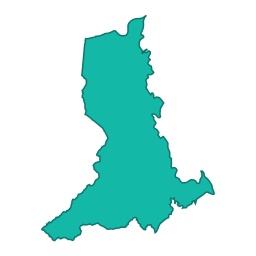 the district of San Martín De Loba, Bolívar, Colombia
{"feature_id": "7082276B59511587690039", "entity_name": "San Martín De Loba", "entity_type": "district", "adm_level": 2, "iso_a3": "COL", "parent_name": "Colombia", "parent_adm1": "Bolívar", "projection": "orthographic", "projection_center": [-73.999, 8.811], "detail": "fine", "context": "isolated", "style": "filled", "palette": "teal", "viewbox_px": 256, "rotation_deg": 0, "n_neighbors": 0, "source": "geoboundaries", "source_scale": "gbopen_adm2", "svg_char_len": 5836}
<svg xmlns="http://www.w3.org/2000/svg" viewBox="0 0 256 256"><path d="M42.9,230.1L44.2,230.2L45.0,231.6L46.6,233.2L47.0,233.5L47.7,233.5L48.6,234.2L48.8,234.9L49.4,235.4L49.4,236.4L50.2,236.4L50.6,237.0L51.8,237.5L52.3,238.5L52.3,239.4L52.5,239.8L53.4,240.0L54.2,240.6L54.8,240.6L55.4,239.6L58.3,237.4L60.4,238.8L61.4,238.6L62.8,237.7L64.9,237.6L65.7,237.7L68.2,239.5L70.1,239.4L72.7,240.4L73.5,239.9L74.9,237.1L76.5,236.5L77.6,235.5L80.1,234.5L80.7,233.0L81.2,230.9L80.6,230.2L80.0,228.3L79.6,228.0L79.6,227.4L80.6,226.0L81.8,225.3L82.6,225.1L83.2,224.3L84.9,224.9L87.4,224.7L90.0,223.9L92.1,225.1L94.6,224.3L96.9,223.3L98.1,223.2L100.5,225.3L104.2,226.9L107.0,229.0L108.7,229.3L111.4,228.7L113.0,229.2L116.4,228.2L119.7,227.9L121.0,227.1L122.3,227.4L123.0,227.1L124.0,227.4L124.5,227.2L125.0,226.6L125.7,227.0L125.8,226.5L126.8,225.8L127.3,224.5L128.2,224.3L128.3,222.8L129.1,221.8L130.1,221.0L130.8,220.1L132.1,219.9L132.8,218.5L134.5,217.5L135.9,217.6L136.8,218.3L136.4,219.8L136.7,220.1L137.3,219.6L137.6,219.8L138.1,222.6L138.7,223.3L140.5,224.3L140.7,224.8L140.3,225.3L140.3,225.9L144.0,229.6L145.1,229.7L145.7,229.5L145.7,229.0L145.3,228.0L146.9,226.5L147.3,225.6L147.9,224.9L149.2,225.2L151.0,224.7L151.4,225.5L151.5,226.8L152.1,227.3L152.6,227.3L154.6,229.3L154.6,230.8L155.1,232.7L156.6,231.5L156.8,230.6L158.3,227.9L158.7,226.1L160.2,223.6L166.1,218.6L168.5,217.7L168.9,215.3L169.3,214.4L169.7,214.2L171.2,214.3L171.6,211.8L172.4,211.2L173.0,209.7L172.9,208.4L172.4,207.7L171.9,207.7L171.6,207.0L171.0,206.7L169.6,204.4L170.3,204.1L171.4,202.3L171.1,200.6L170.3,199.8L171.0,198.0L172.2,199.0L173.2,198.9L174.3,198.2L174.1,199.6L175.0,201.0L174.6,203.1L175.1,203.3L175.9,201.3L177.2,201.5L177.6,202.2L178.9,203.1L178.8,203.6L177.7,203.7L177.4,204.1L177.6,205.0L178.6,206.0L179.9,206.4L180.8,205.8L182.3,205.5L182.8,206.0L183.1,206.7L182.6,208.1L184.0,207.6L185.4,207.9L186.5,207.4L186.9,206.4L187.4,206.0L191.6,203.8L191.7,203.3L192.1,203.0L192.3,202.4L192.0,202.0L193.1,201.0L193.4,201.2L193.8,200.8L194.2,200.8L194.2,201.3L194.8,201.0L195.0,201.3L194.9,202.6L195.4,203.7L195.9,202.1L195.5,201.7L196.1,201.0L196.5,200.0L196.1,199.9L196.3,199.4L203.7,194.3L205.3,192.7L206.2,192.2L207.6,192.1L209.2,193.0L212.6,194.3L213.6,194.3L214.1,193.9L214.0,192.6L213.5,191.1L212.2,187.9L211.9,185.3L209.4,181.2L207.3,178.7L205.6,177.5L204.8,176.6L204.3,175.6L204.2,174.3L203.7,172.7L202.3,171.1L201.0,171.2L201.9,174.0L201.9,176.3L201.4,177.6L200.2,179.3L200.0,181.2L199.4,182.8L198.6,183.5L197.3,183.3L195.6,181.1L194.6,180.3L192.1,179.7L190.6,179.9L187.1,182.2L186.0,182.6L182.6,182.9L181.2,182.1L179.8,180.5L179.5,179.4L178.8,178.6L175.3,176.9L175.3,174.3L176.7,171.1L176.9,169.9L176.1,168.6L174.6,167.7L173.6,167.6L172.0,168.2L171.6,168.0L171.2,165.9L171.5,163.4L171.3,161.3L171.4,158.9L171.1,158.1L169.8,157.1L169.4,156.5L169.8,155.0L169.7,152.2L167.8,147.5L167.9,143.2L166.4,140.7L163.4,136.6L162.9,136.5L161.1,138.1L160.4,138.1L158.0,135.1L157.9,134.5L158.7,133.2L158.7,132.2L156.7,129.6L154.6,128.3L153.8,127.4L153.9,126.1L155.6,123.9L155.9,123.2L155.8,122.5L153.7,119.4L153.7,117.1L152.3,115.7L151.9,114.5L152.8,114.0L154.5,114.1L156.0,115.0L158.3,117.6L159.3,117.7L160.2,117.1L160.5,116.3L159.9,114.3L160.3,109.1L160.8,107.8L163.7,102.9L160.7,99.1L159.5,97.9L158.4,97.3L156.5,97.1L155.5,97.4L154.5,98.1L154.1,98.0L153.7,97.4L153.7,95.2L153.1,93.6L152.4,93.0L151.7,93.1L151.0,93.7L151.0,94.7L150.6,94.7L148.2,91.5L145.9,87.4L146.7,85.6L146.9,84.3L145.8,80.4L146.5,79.1L148.0,78.0L148.5,77.3L147.7,75.8L147.7,75.2L148.6,74.6L150.4,74.7L151.8,74.3L153.2,73.2L153.7,72.3L151.6,69.7L151.6,67.6L151.3,66.3L148.6,64.6L148.0,63.4L148.0,62.6L148.3,61.6L150.2,59.8L150.1,59.4L148.7,58.3L148.3,57.4L150.2,53.9L150.4,52.7L150.2,51.9L149.5,51.2L148.5,51.0L146.9,52.2L145.9,52.6L144.9,52.6L144.5,52.1L144.5,51.6L145.1,50.9L146.8,49.9L146.9,49.4L146.5,49.3L143.6,51.3L142.9,53.2L142.4,53.3L142.1,52.7L142.3,50.8L139.6,46.9L139.1,44.9L139.3,42.3L140.0,40.1L140.9,39.2L143.5,37.5L143.7,36.8L143.4,35.7L142.2,35.0L141.3,34.9L140.7,34.2L142.9,29.0L143.5,26.0L143.4,21.1L144.3,18.0L146.3,15.4L142.5,18.0L139.4,18.6L137.2,18.6L134.4,19.1L132.3,20.1L130.1,21.7L128.6,23.6L128.0,25.4L128.0,31.8L127.4,33.5L126.2,35.3L122.8,35.9L120.8,35.5L118.8,34.5L115.4,30.9L113.9,30.8L110.5,32.5L108.0,33.3L105.4,33.5L100.4,35.7L98.5,36.1L95.8,36.3L95.8,36.8L88.2,38.6L85.6,38.7L85.2,40.6L85.5,40.7L85.4,41.8L84.7,44.4L81.9,75.1L81.9,75.6L83.6,76.7L84.0,78.0L85.7,79.0L86.4,80.2L86.3,84.5L84.3,87.5L84.1,88.3L82.1,90.7L82.7,91.4L82.4,92.5L83.1,93.3L82.4,95.4L82.2,97.2L83.3,98.1L83.9,100.9L85.1,104.8L84.9,106.6L85.1,108.6L85.6,109.9L86.3,110.8L85.1,114.4L87.1,115.3L90.8,118.2L92.4,119.9L94.0,120.8L102.8,128.2L104.1,130.5L104.3,131.3L104.9,131.8L105.5,132.9L108.1,138.3L106.3,141.1L105.0,145.5L103.2,146.1L101.7,147.2L101.2,148.4L98.9,150.6L97.0,153.9L96.7,154.9L97.1,155.4L99.2,156.4L99.9,156.2L99.9,161.5L96.6,162.4L95.1,163.1L93.2,165.3L94.1,167.7L94.1,169.3L95.2,170.0L96.6,172.0L98.0,172.5L98.8,173.8L99.1,177.0L98.0,178.9L96.4,179.6L95.6,180.3L94.3,183.3L93.5,184.5L92.4,185.5L90.3,185.8L89.7,184.6L89.4,184.6L87.2,185.6L86.9,187.0L86.4,188.0L84.1,190.1L82.7,192.3L80.7,193.8L78.3,194.4L78.0,195.8L77.4,197.1L74.8,199.5L74.0,199.6L73.1,199.3L72.7,199.4L72.2,200.9L71.8,202.7L72.0,203.4L71.3,204.6L71.0,207.0L70.5,207.6L70.4,208.3L69.6,208.7L69.4,209.4L68.4,209.9L67.9,210.7L66.7,210.7L66.6,211.6L66.0,212.2L64.0,211.7L62.9,212.3L62.5,212.7L62.4,213.3L61.6,213.9L60.9,215.2L59.8,215.6L59.2,216.9L58.2,216.9L57.0,217.9L56.6,217.9L56.4,217.3L56.2,217.3L55.0,219.3L53.7,219.8L52.3,221.0L51.2,222.6L50.2,222.5L49.9,222.8L49.7,222.6L49.9,222.2L49.7,222.0L48.8,222.3L48.1,222.9L48.1,223.8L47.4,224.4L46.7,224.2L46.9,224.9L46.4,225.5L46.4,226.0L44.3,226.6L42.3,228.6L41.9,229.5L42.7,229.5L42.9,230.1Z" fill="#14b8a6" stroke="#0f766e" stroke-width="1.5"/></svg>